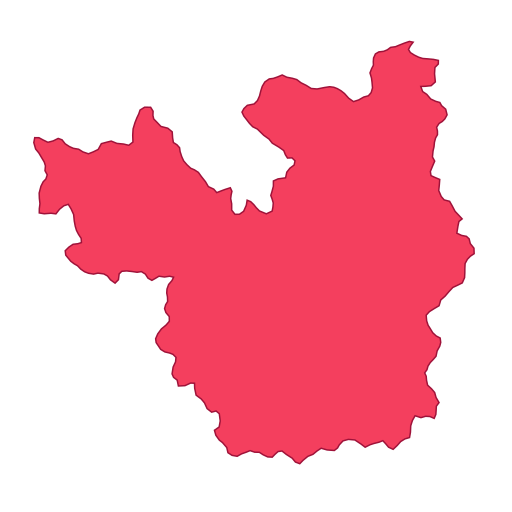 outline of São Domingos do Prata, Minas Gerais, Brazil, rotated 268°
{"feature_id": "56859067B42582373576108", "entity_name": "São Domingos do Prata", "entity_type": "district", "adm_level": 2, "iso_a3": "BRA", "parent_name": "Brazil", "parent_adm1": "Minas Gerais", "projection": "albers", "projection_center": [-42.883, -19.879], "detail": "fine", "context": "isolated", "style": "filled", "palette": "rose", "viewbox_px": 512, "rotation_deg": 268, "n_neighbors": 0, "source": "geoboundaries", "source_scale": "gbopen_adm2", "svg_char_len": 4959}
<svg xmlns="http://www.w3.org/2000/svg" viewBox="0 0 512 512"><g transform="rotate(268 256 256)"><path d="M221.9,461.2L227.1,463.7L231.9,464.1L236.3,464.3L241.2,464.7L245.4,467.2L248.3,470.2L250.7,474.1L256.2,474.1L260.9,470.6L265.7,469.6L268.3,467.0L269.4,462.2L271.8,457.5L278.5,458.8L283.4,460.0L285.9,463.3L289.5,460.2L293.7,456.5L299.5,453.7L303.9,451.4L305.5,446.0L309.0,443.2L315.0,440.9L320.7,441.7L326.1,442.3L328.2,437.7L330.2,433.7L334.4,433.2L339.7,435.6L344.6,437.9L348.8,435.8L354.8,436.6L358.9,437.7L363.4,438.3L367.7,439.6L370.9,441.6L374.5,441.7L378.4,441.0L382.1,443.6L383.9,446.8L386.4,449.5L390.4,451.9L396.1,450.7L399.8,446.7L403.0,445.1L404.3,441.0L406.8,436.1L411.6,432.3L414.5,428.3L419.7,426.6L419.7,431.0L420.1,437.0L423.7,441.3L431.9,440.8L438.2,441.4L441.5,444.9L445.1,445.1L446.3,440.2L447.0,434.8L447.6,429.5L449.0,425.5L451.3,421.2L453.9,417.4L457.1,415.6L460.5,417.5L464.2,420.5L465.1,416.8L463.6,411.8L461.7,406.4L460.3,402.7L459.8,397.8L457.5,394.5L456.1,390.8L455.7,385.9L453.8,382.4L449.8,380.4L446.2,380.0L442.6,380.0L439.2,378.1L435.0,376.3L430.0,377.6L425.9,378.0L419.9,378.3L415.3,376.8L412.2,373.9L411.1,369.2L408.4,364.1L406.9,358.8L410.5,354.1L415.3,350.1L418.2,346.7L420.4,343.2L421.9,339.7L422.6,335.6L422.0,330.3L420.8,322.9L421.5,317.0L424.8,312.1L427.5,307.1L430.9,302.9L432.3,298.7L433.6,293.0L436.0,288.5L434.2,283.8L432.9,279.5L432.5,275.4L429.6,270.9L425.4,268.2L420.7,266.5L415.8,265.1L411.3,262.9L408.0,259.4L406.9,252.6L403.8,249.1L400.3,247.0L396.3,248.7L392.3,251.6L388.8,254.1L385.3,257.2L382.8,261.8L376.4,267.9L372.4,273.1L368.2,276.2L364.0,282.7L360.4,287.4L356.2,288.9L352.8,290.9L352.8,295.4L349.8,298.3L345.6,297.3L342.6,293.0L338.7,289.7L333.1,288.3L332.3,280.7L330.4,276.0L325.1,275.8L319.8,274.2L316.0,272.9L312.4,274.1L308.4,275.1L304.2,274.6L300.3,273.7L297.8,267.8L300.9,261.0L304.3,257.9L307.4,255.6L310.5,252.6L312.1,249.1L307.1,248.1L301.1,245.2L298.3,240.9L298.4,236.4L302.7,233.3L309.0,233.5L314.3,232.7L318.0,233.3L321.5,234.2L325.1,232.7L323.6,227.4L322.1,222.9L320.7,219.0L324.3,216.1L327.0,210.8L332.0,208.1L337.3,204.2L341.6,201.3L344.3,197.4L346.0,193.8L349.7,190.1L353.6,187.0L358.0,185.2L363.0,183.8L366.9,183.4L369.9,180.9L372.3,177.4L376.9,176.8L383.0,176.6L386.8,172.3L388.8,165.5L393.2,161.6L396.5,158.6L400.0,157.9L404.3,158.2L408.3,155.9L408.6,149.9L405.9,145.2L402.1,143.8L398.3,141.8L393.5,139.7L387.3,137.6L380.9,137.0L374.2,137.0L371.1,132.7L372.5,127.6L373.4,120.9L375.9,115.3L375.0,111.0L373.7,105.4L368.0,102.0L365.8,97.1L364.0,92.1L366.1,86.6L368.9,82.5L370.0,77.2L371.9,73.3L374.8,69.2L378.9,66.2L380.4,62.4L378.1,57.3L376.9,52.0L379.5,47.1L381.8,43.2L382.0,39.0L377.1,37.9L370.6,39.5L366.5,42.6L362.1,45.0L357.4,47.6L353.5,48.7L348.6,48.1L344.4,50.2L340.3,48.7L337.6,45.9L333.2,43.5L326.5,41.5L321.1,41.5L315.8,41.9L310.9,41.1L306.6,40.9L305.6,45.8L305.9,52.6L305.1,57.5L309.6,61.3L312.9,65.7L314.2,70.2L309.6,72.8L303.8,75.2L297.3,75.6L292.0,76.4L287.8,77.5L283.8,79.4L279.7,81.9L275.5,82.0L274.5,78.4L274.1,73.6L271.4,69.3L267.9,65.5L263.5,65.9L260.2,68.4L257.1,70.8L254.6,73.9L252.5,77.3L249.0,80.4L246.2,84.2L244.6,88.0L243.6,93.1L244.4,97.4L243.4,103.3L241.2,106.9L237.3,109.7L233.8,114.2L237.1,117.7L242.9,118.6L245.4,121.4L245.6,126.2L244.8,131.7L243.9,136.6L244.4,140.9L241.8,144.8L237.6,147.3L235.3,151.1L237.1,154.6L239.2,158.3L238.2,163.8L238.8,169.0L237.7,172.9L234.4,171.2L230.6,167.7L226.1,165.9L222.1,165.5L218.2,166.1L213.6,166.1L210.4,164.0L206.6,162.8L202.6,164.0L198.5,167.2L193.8,167.1L190.2,163.8L186.4,158.9L181.6,155.1L176.8,152.8L172.9,153.2L169.9,155.1L166.0,157.5L163.3,161.6L162.1,166.1L160.6,169.6L157.5,172.5L153.0,171.9L147.9,169.3L141.1,168.0L137.6,169.4L134.7,172.9L128.8,173.9L128.9,180.5L131.3,186.2L131.0,190.1L125.9,190.1L119.0,191.3L115.0,196.3L111.0,199.4L105.2,201.8L101.5,206.2L102.5,210.7L99.7,213.8L92.4,214.5L86.4,213.2L83.3,208.4L78.3,209.6L73.3,212.9L70.7,216.0L65.6,220.1L60.4,221.1L57.6,225.1L56.5,230.2L58.8,234.7L60.2,239.2L61.7,243.3L60.0,247.8L59.7,252.5L57.1,256.2L54.8,260.7L54.4,265.2L57.1,268.0L59.8,271.2L60.2,275.2L56.7,279.3L52.7,285.1L48.7,288.2L46.9,292.5L50.2,295.9L54.0,300.9L55.8,306.0L59.1,310.3L61.6,314.4L59.7,320.3L58.9,327.5L61.3,330.8L64.3,332.6L68.2,336.5L69.5,341.9L68.7,348.4L64.4,354.4L61.1,358.4L63.4,363.4L64.5,367.2L65.6,372.4L67.0,376.3L63.9,379.0L60.3,381.8L58.0,386.3L61.7,390.5L65.5,394.1L68.0,398.4L69.2,403.1L74.5,404.2L80.9,404.7L86.2,406.6L90.8,409.4L88.7,415.2L89.9,419.9L89.5,424.2L87.5,428.4L91.4,430.2L95.2,430.6L99.6,431.0L103.1,433.8L108.3,431.0L113.3,429.8L117.0,426.9L120.9,423.0L125.8,422.1L129.9,421.9L133.3,420.5L136.4,422.9L139.9,424.0L143.4,426.4L146.6,429.7L149.5,432.4L154.8,433.7L159.5,436.5L163.2,437.6L167.6,437.2L169.8,433.3L173.2,429.9L177.7,427.4L180.7,425.6L185.2,424.3L190.9,424.0L194.4,427.4L197.3,432.4L199.9,437.2L205.6,439.1L209.3,443.6L213.8,447.7L217.7,451.6L220.0,457.0L221.9,461.2Z" fill="#f43f5e" stroke="#9f1239" stroke-width="1.5"/></g></svg>